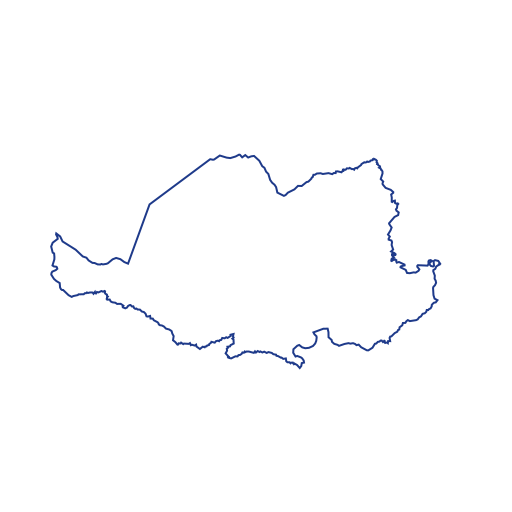 La Plata, Huila, Colombia (orthographic projection), rotated 40°
{"feature_id": "7082276B59987699383018", "entity_name": "La Plata", "entity_type": "district", "adm_level": 2, "iso_a3": "COL", "parent_name": "Colombia", "parent_adm1": "Huila", "projection": "orthographic", "projection_center": [-75.962, 2.328], "detail": "fine", "context": "isolated", "style": "outline", "palette": "blue", "viewbox_px": 512, "rotation_deg": 40, "n_neighbors": 0, "source": "geoboundaries", "source_scale": "gbopen_adm2", "svg_char_len": 6155}
<svg xmlns="http://www.w3.org/2000/svg" viewBox="0 0 512 512"><g transform="rotate(40 256 256)"><path d="M361.5,313.7L361.4,311.2L359.9,308.6L361.3,306.8L359.7,305.4L357.1,304.7L355.5,304.8L351.8,306.1L350.9,307.6L346.7,306.2L344.6,303.4L345.3,298.2L346.3,296.4L350.1,296.3L353.0,295.0L355.6,292.3L357.5,288.3L357.6,285.0L356.7,282.3L354.9,279.5L353.9,278.6L351.1,278.4L349.1,277.6L354.3,268.5L357.6,265.6L360.5,267.8L363.8,271.6L367.9,271.7L369.4,272.9L372.4,273.0L375.7,271.6L377.3,271.5L380.4,266.4L382.9,263.3L384.6,262.5L386.4,260.4L388.4,259.7L390.3,259.7L391.6,257.9L395.2,258.3L401.5,257.0L402.7,256.1L404.2,251.4L403.5,246.8L404.4,245.7L404.5,243.5L405.6,242.2L405.8,240.7L406.6,240.0L408.5,240.3L408.7,238.5L409.3,238.4L410.2,239.5L410.8,239.6L412.0,238.0L413.0,238.0L411.9,236.3L413.5,235.0L411.0,232.9L410.6,231.5L411.4,230.5L411.8,225.9L412.9,223.2L412.4,221.5L413.0,220.2L411.8,218.3L412.6,215.1L411.6,212.9L413.4,211.2L413.1,209.3L413.5,207.5L415.7,207.0L419.9,202.2L420.6,200.6L420.4,198.2L421.2,196.2L420.8,193.2L422.1,191.4L422.3,189.3L421.5,187.6L422.7,186.7L422.6,185.8L423.4,183.9L423.0,181.7L422.1,180.5L422.1,178.9L422.4,177.3L423.5,176.0L423.4,173.2L420.2,173.9L417.1,171.9L412.2,166.7L411.7,165.5L411.9,163.4L411.2,160.8L409.5,159.4L407.4,158.6L405.6,156.1L401.6,153.8L400.9,152.8L401.6,150.6L400.8,148.2L401.6,145.7L401.4,145.0L402.2,144.6L402.2,143.6L398.8,142.6L395.8,144.1L395.3,145.8L398.7,149.1L398.4,150.2L396.4,151.2L394.6,150.9L393.4,149.8L394.0,146.6L392.4,146.9L391.4,148.2L391.5,149.2L393.4,151.4L393.6,153.1L385.9,159.0L385.9,159.9L386.5,160.6L389.7,161.2L390.0,162.9L389.0,166.1L387.3,167.2L384.9,170.3L382.6,171.9L379.6,170.4L374.0,171.8L373.6,171.2L373.8,170.5L375.9,167.7L375.3,167.1L369.4,168.7L368.1,170.6L367.0,170.1L366.2,169.0L365.3,169.1L363.7,170.8L363.2,172.6L362.7,172.7L361.8,171.2L361.8,170.4L362.9,168.6L359.8,168.1L359.0,167.2L359.6,166.5L361.5,166.6L362.1,165.7L361.8,164.9L360.2,164.8L356.6,165.7L356.9,162.9L352.8,160.4L351.3,157.9L349.8,157.1L347.1,158.2L346.5,157.6L346.0,155.1L343.3,154.7L342.6,149.9L341.6,147.0L337.8,146.0L336.9,145.4L337.0,137.0L338.6,133.3L337.3,130.9L334.5,131.0L333.2,130.3L333.1,128.5L331.5,126.1L331.5,124.7L330.7,124.6L329.7,125.8L328.4,126.0L326.8,124.3L326.1,125.2L325.7,127.1L325.1,127.2L322.4,123.9L320.0,122.0L320.5,119.4L320.1,118.8L316.7,118.7L311.5,120.5L307.0,119.7L306.2,119.0L305.6,117.2L302.1,116.9L299.9,111.5L298.5,109.9L297.0,109.4L296.5,109.6L295.4,108.9L293.6,109.2L293.9,108.1L293.3,107.6L291.3,107.9L290.3,107.3L289.6,107.7L289.1,106.7L288.1,106.7L287.4,105.4L286.0,105.2L284.0,105.7L284.2,106.2L283.3,106.8L283.7,107.7L282.4,109.3L282.5,110.4L281.4,111.9L280.4,112.2L280.3,113.2L279.4,114.4L278.7,114.6L277.7,117.8L278.0,118.9L277.1,122.5L277.2,123.8L276.2,123.9L275.4,125.3L275.7,126.8L274.5,126.9L273.6,127.8L271.1,128.3L270.9,129.2L269.2,130.6L269.3,131.9L268.8,132.9L267.6,133.2L267.1,133.9L268.2,134.8L267.6,135.6L267.7,136.9L264.1,138.7L262.9,139.9L263.7,141.3L262.2,142.5L261.8,144.3L258.3,145.9L254.5,150.2L252.3,151.1L249.6,153.7L248.9,155.9L247.8,156.9L248.7,159.1L248.3,160.1L248.7,161.2L248.3,165.4L247.2,166.9L246.0,173.0L243.1,175.3L242.6,180.3L239.7,187.0L239.5,190.3L238.7,192.0L231.6,193.7L227.1,190.3L224.4,189.5L221.2,189.5L217.9,188.6L212.7,185.2L209.5,184.9L205.7,183.0L203.1,183.2L197.3,180.9L190.2,180.6L188.3,182.7L186.7,185.6L182.9,185.6L182.0,189.3L178.7,188.8L177.9,189.2L176.4,192.9L173.4,197.5L170.3,199.5L163.7,202.3L161.9,209.0L161.2,209.9L158.7,211.3L141.3,284.9L162.9,344.1L159.0,345.3L154.2,345.6L150.1,347.4L148.3,350.7L147.2,356.8L146.5,358.1L144.2,360.8L142.7,361.5L142.2,362.6L140.1,364.2L136.9,365.1L135.1,366.4L130.6,367.0L127.2,366.3L123.6,367.7L113.8,367.1L98.5,369.2L93.4,366.9L88.5,367.1L89.0,368.0L91.8,369.2L93.1,370.3L91.7,376.5L93.0,380.4L98.1,384.1L99.7,383.8L102.2,386.3L103.7,388.2L106.2,394.1L107.9,393.9L109.9,392.6L110.7,392.6L112.0,393.5L111.7,395.5L110.0,398.9L110.3,400.6L111.2,401.9L115.9,403.4L119.2,403.5L123.0,402.9L126.2,406.1L128.0,406.8L129.3,406.7L130.1,406.0L137.6,406.5L141.1,405.8L141.8,404.1L144.6,400.5L144.7,399.4L148.6,396.1L148.8,394.5L149.7,393.8L149.9,392.6L151.0,392.4L152.3,390.6L154.3,389.0L155.8,389.4L155.7,387.1L156.7,387.8L157.5,387.6L157.3,385.8L158.7,385.2L160.1,382.2L161.7,381.7L162.5,380.1L163.1,380.1L163.9,381.4L164.9,381.7L166.6,381.4L167.3,382.2L168.6,382.3L168.4,383.4L169.0,384.0L169.2,384.9L170.1,385.1L171.9,383.4L173.9,384.2L175.7,383.8L178.3,382.2L180.4,382.0L183.1,379.6L186.4,379.3L186.5,380.7L187.0,380.9L189.5,380.1L190.3,378.5L190.1,376.6L190.7,374.9L191.4,374.2L193.5,374.4L194.4,373.4L196.0,374.2L197.5,374.1L198.2,373.1L199.7,373.1L201.5,371.7L204.3,371.9L206.1,371.0L208.5,371.2L210.9,372.6L212.1,371.9L213.4,370.0L215.4,371.7L217.2,370.3L219.0,370.9L223.2,370.0L224.8,370.3L225.5,370.9L226.8,370.8L228.6,369.7L230.8,369.2L233.7,369.5L236.7,368.1L239.0,367.8L239.7,367.8L241.7,369.2L244.4,370.3L246.6,373.9L249.6,373.8L252.8,374.4L253.3,373.8L252.9,372.6L254.4,371.5L254.3,370.5L256.9,370.3L257.1,369.4L261.0,366.5L261.4,365.2L263.4,366.2L263.9,365.2L266.6,364.0L267.1,362.4L268.6,363.6L272.8,363.3L273.5,359.7L275.4,358.9L275.3,357.9L276.2,357.1L276.1,356.0L277.2,354.4L276.8,353.6L277.3,351.3L277.0,350.4L280.1,348.9L280.1,346.9L281.2,345.4L282.5,345.0L282.3,343.9L283.3,342.6L282.8,340.5L284.9,339.2L285.4,337.4L286.9,337.0L288.0,333.4L287.1,332.7L288.9,330.2L290.0,332.3L291.3,332.9L291.0,334.5L292.5,334.5L295.2,337.4L293.8,340.6L294.2,341.9L292.5,343.8L293.5,344.3L293.2,345.8L294.7,347.1L295.3,350.1L298.9,350.6L299.3,351.4L299.9,351.6L300.4,350.8L301.1,351.3L302.8,350.4L304.7,346.1L306.4,344.8L306.3,343.2L307.4,342.0L307.9,340.2L307.6,338.6L308.8,338.0L308.8,336.5L309.5,336.7L310.3,335.1L311.9,333.8L316.6,331.6L316.5,329.7L318.0,330.0L318.4,327.7L320.4,327.3L320.7,326.3L322.9,325.8L323.8,324.0L326.5,323.4L327.3,321.6L330.4,320.1L332.4,320.1L334.8,318.7L335.8,319.3L337.2,318.5L340.4,317.9L340.8,317.4L343.0,317.3L344.7,315.3L346.9,317.2L348.4,317.2L349.9,315.9L351.4,316.0L351.4,315.2L352.7,314.0L353.4,314.4L354.1,313.8L354.7,314.4L355.3,313.5L357.6,313.1L361.5,313.7Z" fill="none" stroke="#1e3a8a" stroke-width="2"/></g></svg>